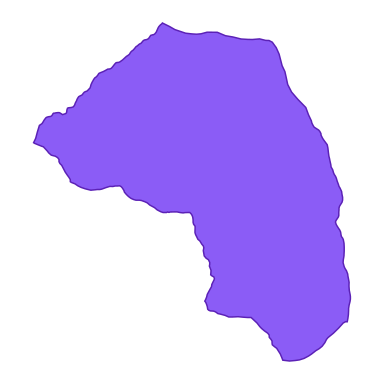 Tsamang, Mongar, Bhutan (Mercator projection)
{"feature_id": "84629894B64921010136115", "entity_name": "Tsamang", "entity_type": "district", "adm_level": 2, "iso_a3": "BTN", "parent_name": "Bhutan", "parent_adm1": "Mongar", "projection": "mercator", "projection_center": [91.133, 27.369], "detail": "fine", "context": "isolated", "style": "filled", "palette": "violet", "viewbox_px": 384, "rotation_deg": 0, "n_neighbors": 0, "source": "geoboundaries", "source_scale": "gbopen_adm2", "svg_char_len": 4506}
<svg xmlns="http://www.w3.org/2000/svg" viewBox="0 0 384 384"><path d="M349.5,291.4L349.3,290.5L349.0,286.5L349.0,284.7L349.1,282.3L348.6,279.5L347.9,275.9L347.7,274.0L347.0,272.2L346.5,270.8L344.9,268.3L344.1,266.4L343.1,262.7L343.3,259.8L343.8,257.0L344.0,255.5L344.0,254.8L344.2,251.0L344.2,247.0L344.0,243.2L343.3,239.6L342.6,238.1L341.4,236.5L341.0,234.7L340.6,232.0L339.7,230.0L338.2,227.8L336.6,225.2L336.1,224.2L335.5,222.1L335.9,220.7L337.1,218.9L338.4,216.9L338.8,215.5L338.8,214.1L338.8,212.0L339.0,209.9L339.0,208.0L339.6,206.1L340.8,204.2L342.0,202.3L342.6,200.1L342.6,197.3L342.0,194.4L341.6,191.5L340.0,188.0L339.0,186.4L338.4,184.4L337.2,181.2L336.3,178.1L335.5,176.3L334.3,174.5L333.5,172.7L332.7,169.8L331.1,167.0L330.8,164.6L329.9,160.6L329.5,158.5L328.9,156.2L328.4,152.5L327.9,148.0L327.2,144.7L324.0,140.4L322.6,138.3L321.1,135.3L320.9,133.5L319.8,131.4L318.6,130.0L317.0,129.0L314.2,127.2L313.1,125.5L311.9,123.1L311.3,120.7L308.5,114.8L305.8,107.5L297.8,99.3L291.6,92.1L287.7,84.5L286.1,77.0L284.9,71.6L282.1,65.7L279.1,54.1L276.2,47.6L274.8,45.7L272.3,42.2L269.0,40.5L265.7,40.4L259.6,38.9L252.4,39.5L247.8,39.4L241.1,39.0L233.0,37.0L225.4,35.7L217.3,32.3L207.1,32.2L201.0,33.8L196.5,34.2L191.9,33.9L185.6,33.2L174.9,29.6L169.7,26.6L162.4,23.0L161.8,23.8L161.2,24.3L160.4,24.9L159.4,26.0L158.8,26.7L158.1,27.9L157.3,29.7L156.2,32.2L154.7,34.0L153.5,34.7L152.6,34.8L150.7,35.4L149.7,36.9L148.5,38.6L146.9,39.5L144.4,40.0L143.3,40.6L142.3,41.8L140.9,43.4L139.7,43.9L138.6,44.7L137.6,45.7L136.1,46.6L134.8,48.2L133.4,49.9L131.5,51.3L130.6,52.3L129.4,54.3L128.0,55.4L126.4,56.4L122.5,60.0L119.5,62.1L118.5,62.4L117.1,62.5L116.1,62.7L114.7,64.1L112.7,66.7L111.3,68.3L109.6,69.0L107.8,69.1L106.9,69.6L105.3,70.5L104.4,71.0L103.2,71.6L99.9,72.9L98.8,73.5L97.8,75.1L96.5,76.7L94.8,77.9L93.7,79.4L92.0,82.5L91.0,84.7L90.5,86.6L90.0,88.0L89.2,88.8L88.0,90.1L86.8,91.2L85.4,91.6L84.3,92.2L83.1,93.5L82.5,94.5L81.5,95.3L80.7,95.6L79.7,96.1L78.7,96.7L77.6,98.3L76.9,99.7L76.6,100.6L75.8,102.1L75.2,103.3L74.7,104.9L73.7,106.4L73.0,107.0L71.3,107.5L68.4,107.8L67.5,108.2L66.9,110.0L66.8,111.2L66.5,112.7L65.7,113.6L64.1,114.1L62.6,114.6L61.3,113.8L60.1,113.0L59.1,112.6L58.0,112.6L57.1,112.7L55.6,112.9L54.3,113.2L53.5,113.2L53.0,113.7L52.4,114.8L51.8,115.7L51.1,116.2L50.3,116.5L48.6,116.7L47.1,117.1L46.1,117.6L45.4,118.4L44.0,120.3L43.1,121.9L42.0,123.6L39.4,125.4L37.4,131.9L35.7,138.3L33.6,142.7L34.5,143.3L38.1,144.8L42.1,146.4L43.4,146.8L45.8,149.4L47.7,151.5L48.5,152.7L51.2,155.1L52.9,155.6L55.3,156.2L57.6,157.6L59.0,159.5L59.0,161.7L59.9,163.5L61.7,165.3L62.7,167.2L65.3,172.2L67.5,175.4L68.9,177.3L70.3,179.6L70.3,181.7L71.3,182.4L75.1,183.9L77.8,185.8L81.1,187.4L85.2,188.8L90.8,190.2L94.9,189.8L97.3,189.5L99.8,189.5L101.8,189.1L105.9,187.6L109.8,186.4L112.9,186.5L115.1,186.0L117.4,186.0L119.6,185.8L121.0,186.5L122.3,187.9L124.0,190.6L124.3,191.9L125.7,193.7L127.5,195.6L129.1,197.0L131.2,198.5L133.8,199.6L136.0,200.2L137.3,200.2L139.4,200.2L141.4,200.5L145.0,201.8L147.3,202.9L149.7,205.0L154.5,207.6L157.2,209.9L160.7,211.7L163.0,212.5L164.5,212.5L166.5,212.5L167.5,212.0L169.0,212.4L170.2,212.0L174.5,211.9L177.0,211.9L180.4,212.6L183.1,212.9L185.0,212.6L188.0,212.5L189.8,212.5L191.1,213.8L192.2,215.6L192.8,217.5L193.1,219.9L193.1,222.4L193.6,224.2L195.1,226.3L195.1,228.3L195.0,231.0L195.0,232.7L195.6,234.6L196.8,237.0L197.9,239.3L199.8,240.9L201.9,244.3L203.3,245.9L203.8,247.8L203.3,250.7L203.9,254.0L204.2,255.9L206.1,258.2L208.4,259.7L209.7,262.4L209.7,264.2L209.4,266.1L210.4,268.7L211.0,270.4L210.9,272.7L210.7,274.8L211.8,275.8L213.9,277.0L214.4,278.6L214.1,279.8L213.0,282.0L211.8,284.5L211.5,286.7L210.5,288.4L208.7,291.7L207.3,294.3L206.6,297.1L205.6,299.6L204.8,301.1L205.8,302.5L206.7,304.7L207.3,306.7L207.7,309.2L208.7,310.2L210.3,310.9L213.5,311.1L215.4,311.8L217.9,313.6L220.3,314.1L225.1,315.4L228.8,317.0L232.1,317.0L238.1,316.7L243.4,317.2L247.5,317.5L251.1,317.5L257.0,323.0L259.8,326.6L261.6,328.5L264.6,331.0L267.6,333.1L269.1,334.9L269.3,337.4L271.0,339.4L272.0,341.0L272.1,343.5L272.3,344.8L274.4,346.6L276.7,348.3L280.3,354.0L282.0,358.1L282.8,360.2L289.5,361.0L295.2,360.5L299.4,359.9L304.1,358.4L308.6,356.0L311.6,354.0L315.8,350.7L319.3,348.6L322.2,346.2L324.9,342.6L326.5,339.4L328.0,337.6L333.4,333.2L338.6,328.1L343.2,323.0L345.6,321.7L347.2,321.8L347.4,321.0L347.9,318.3L348.4,314.6L348.6,310.1L348.6,308.5L349.1,305.2L350.0,301.6L350.4,299.1L350.4,296.6L350.2,295.0L349.5,291.4Z" fill="#8b5cf6" stroke="#5b21b6" stroke-width="1.5"/></svg>